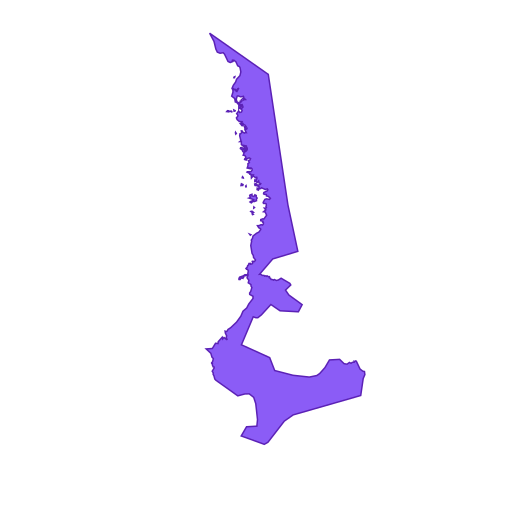 Huon District, Morobe, Papua New Guinea, rotated 215°
{"feature_id": "67681753B78423041590168", "entity_name": "Huon District", "entity_type": "district", "adm_level": 2, "iso_a3": "PNG", "parent_name": "Papua New Guinea", "parent_adm1": "Morobe", "projection": "orthographic", "projection_center": [147.273, -7.168], "detail": "fine", "context": "isolated", "style": "filled", "palette": "violet", "viewbox_px": 512, "rotation_deg": 215, "n_neighbors": 0, "source": "geoboundaries", "source_scale": "gbopen_adm2", "svg_char_len": 6184}
<svg xmlns="http://www.w3.org/2000/svg" viewBox="0 0 512 512"><g transform="rotate(215 256 256)"><path d="M350.1,411.8L421.8,411.9L413.5,407.7L407.6,402.5L404.6,400.8L401.7,401.5L399.5,403.7L397.6,403.3L390.5,399.3L388.1,399.7L386.4,402.2L386.7,402.9L387.3,402.1L387.6,402.9L386.3,403.7L383.7,403.5L380.1,401.3L378.2,401.6L377.2,401.2L374.0,398.1L372.6,394.5L373.3,389.6L372.5,386.9L372.5,382.8L371.8,379.5L371.1,379.2L370.7,380.1L369.9,379.9L368.3,380.7L366.5,380.1L366.9,382.4L366.4,383.7L366.0,379.8L366.6,379.6L368.4,380.3L370.3,378.9L368.9,377.1L367.6,373.0L363.8,372.8L361.3,370.3L360.0,370.8L358.0,370.2L357.2,370.6L354.5,366.7L353.7,370.7L355.7,370.0L357.8,371.6L360.1,371.4L362.1,373.1L363.1,376.2L362.6,376.9L359.8,377.6L357.9,379.6L356.9,378.9L357.1,377.6L355.5,378.3L354.4,378.1L355.8,376.9L355.9,376.2L357.6,375.7L357.2,374.3L358.2,373.3L356.6,373.8L357.4,371.8L355.6,370.7L354.2,372.1L352.1,370.6L352.5,368.6L351.8,368.2L352.5,368.4L352.9,367.8L350.9,367.4L350.5,365.6L351.6,364.2L353.4,364.9L353.5,361.5L351.7,361.0L351.1,360.0L351.3,357.9L349.7,356.9L346.9,356.6L344.6,358.0L344.6,356.5L343.1,357.2L342.2,356.9L342.3,356.1L340.4,356.9L338.2,356.3L338.1,355.6L339.5,355.2L338.1,354.0L336.6,355.4L336.4,354.7L337.5,353.1L334.7,351.5L335.6,351.0L335.9,350.1L337.6,349.8L339.0,350.5L339.8,350.1L338.5,348.7L338.7,347.2L339.2,346.9L338.4,345.2L334.4,341.7L334.8,340.5L333.6,341.3L331.9,338.9L328.3,338.6L328.0,339.2L329.8,339.4L327.0,340.6L326.2,339.7L325.1,339.4L324.2,338.1L324.2,336.5L324.9,334.8L325.5,335.4L325.2,336.7L325.9,337.1L324.9,337.4L324.8,338.1L327.3,338.5L326.9,336.1L327.6,336.1L328.3,336.9L330.2,336.5L330.7,335.9L330.4,335.0L328.2,335.0L326.9,334.1L325.0,333.8L324.3,331.2L322.9,331.9L321.3,331.4L320.3,330.0L321.0,329.5L320.7,328.5L319.0,329.0L319.1,330.9L317.8,332.5L316.3,332.6L316.0,331.1L317.0,329.8L315.0,328.7L315.6,327.0L314.4,325.4L313.7,323.0L310.6,324.2L310.6,324.7L311.4,324.7L310.5,325.3L309.4,325.2L308.4,324.2L308.5,322.2L311.5,320.0L311.5,319.5L308.3,320.1L308.0,319.5L307.2,320.0L306.2,319.2L305.8,320.2L304.6,321.0L304.2,319.8L302.3,320.0L301.4,319.6L300.6,320.9L299.9,320.4L299.4,318.9L299.5,318.3L300.6,317.7L299.7,316.3L298.7,317.5L297.2,316.9L296.9,319.0L295.5,317.6L293.6,318.0L293.5,317.2L294.8,315.3L297.1,314.6L297.6,315.4L298.4,314.2L297.3,313.2L295.4,314.2L293.2,314.5L292.5,313.6L293.2,312.4L293.9,312.3L293.2,311.0L291.8,311.3L292.0,312.9L290.8,313.9L290.7,315.0L286.6,315.8L285.2,317.5L284.3,317.1L284.1,316.0L286.0,312.5L285.5,311.3L284.7,311.2L282.8,312.3L281.9,311.2L280.1,311.9L277.3,311.5L277.4,310.1L280.2,308.8L281.2,307.5L281.0,304.8L280.7,303.7L279.9,303.4L278.2,304.6L277.5,304.5L276.5,303.3L276.3,302.3L275.3,301.7L275.4,300.9L276.6,300.0L274.4,299.4L275.2,296.6L273.7,297.3L270.7,295.5L270.8,290.7L271.7,290.4L273.0,288.6L272.4,287.6L270.2,288.4L269.9,287.5L269.0,287.5L268.3,286.4L268.4,285.1L269.8,284.6L270.9,282.7L272.2,281.7L269.9,280.7L268.0,281.0L267.3,280.4L267.4,277.1L268.6,275.0L269.9,270.6L269.0,268.4L269.0,266.3L268.1,265.7L266.3,261.6L260.8,255.9L258.4,254.8L257.2,253.4L254.2,252.5L254.0,251.9L254.3,250.3L255.6,250.0L256.0,249.4L254.7,248.5L254.7,247.3L255.7,246.2L256.4,246.7L257.5,245.8L257.0,244.7L257.3,243.2L256.8,242.0L257.1,240.0L256.1,239.7L255.3,240.2L253.8,239.4L252.3,236.3L253.0,235.1L254.3,234.4L255.0,232.5L257.3,229.3L257.1,227.9L256.5,227.0L255.6,227.5L255.4,229.7L253.9,230.2L254.2,230.8L253.9,231.5L254.5,232.7L251.5,235.6L250.8,233.0L247.9,232.0L247.0,229.6L243.8,229.7L242.8,228.5L241.3,227.8L240.0,223.9L240.0,222.0L239.1,220.9L235.4,221.3L234.1,219.5L234.4,212.6L233.8,208.1L235.0,203.3L233.9,198.1L234.0,190.7L235.6,182.8L236.8,179.8L236.6,177.9L236.9,177.1L238.2,176.7L236.8,175.2L234.3,173.8L233.5,172.0L231.4,170.8L232.5,170.9L233.8,171.8L233.2,170.8L235.5,170.9L235.7,168.9L237.1,170.1L237.8,164.2L236.9,162.5L239.1,161.3L238.7,155.2L243.5,151.3L237.2,150.4L234.1,147.9L232.1,147.5L230.9,144.4L231.1,143.1L230.8,142.7L230.0,142.9L229.5,141.9L227.5,140.6L226.6,141.0L226.0,140.2L225.8,136.5L223.9,135.7L223.4,134.6L221.7,133.7L219.2,131.6L217.4,131.2L190.7,131.0L186.0,136.6L182.5,139.2L176.8,138.9L171.5,134.9L167.8,130.7L160.9,122.8L157.7,117.1L165.8,110.7L164.9,100.1L141.2,106.5L139.4,110.2L138.1,137.0L134.4,147.2L90.2,201.8L97.9,217.1L98.8,221.3L100.9,223.6L102.5,222.9L106.0,223.1L113.5,227.4L114.5,227.0L114.7,225.8L115.1,225.8L114.7,225.3L116.1,224.1L116.6,222.6L118.4,222.4L119.4,219.6L122.1,218.3L128.2,219.3L136.2,213.0L135.5,204.1L136.4,196.4L137.6,193.0L142.9,187.4L157.3,179.5L175.0,172.9L186.5,180.6L217.0,174.9L223.4,204.6L220.6,205.4L219.1,206.5L217.8,210.9L216.0,224.8L204.9,224.9L189.3,234.6L190.3,242.6L206.7,242.9L212.3,245.0L210.9,252.2L212.6,253.0L222.7,252.2L223.9,249.2L225.3,247.6L227.4,247.3L227.9,246.2L228.6,246.3L230.3,245.4L231.3,246.1L232.6,245.8L233.2,246.8L234.2,246.1L235.5,246.1L235.7,245.4L236.6,245.4L237.3,244.5L238.2,244.7L239.8,243.7L241.9,243.7L242.6,243.1L240.6,263.2L224.4,283.8L259.2,316.2L350.1,411.8ZM290.1,300.9L289.9,300.3L291.1,298.5L288.7,299.5L287.3,301.6L288.2,302.6L288.3,304.1L290.0,304.7L290.5,305.7L292.0,305.5L291.7,304.4L292.2,303.5L293.8,302.9L294.7,304.2L295.9,302.6L295.8,301.8L294.1,300.7L295.0,299.4L290.1,300.9ZM361.7,359.3L362.7,358.7L362.8,357.5L360.9,358.5L360.6,359.3L361.7,359.3ZM309.4,306.8L308.7,305.1L307.3,306.2L307.6,307.1L309.4,306.8ZM284.6,290.5L285.6,289.9L285.8,289.5L284.3,289.5L283.3,290.3L284.6,290.5ZM344.3,355.3L342.2,354.7L341.6,355.2L342.9,355.8L344.3,355.3ZM357.9,362.9L357.0,362.0L356.3,362.8L356.4,363.1L357.9,362.9ZM312.5,313.2L312.2,312.2L311.1,312.6L311.5,313.0L312.5,313.2ZM343.7,345.6L343.5,345.1L342.5,344.3L342.4,345.1L343.7,345.6ZM290.1,297.7L291.4,297.1L291.6,296.8L290.3,296.8L290.1,297.7ZM305.0,318.7L305.1,318.0L304.5,317.3L304.4,318.4L305.0,318.7ZM282.9,288.8L283.3,288.3L282.6,287.9L282.1,288.6L282.9,288.8ZM359.2,360.6L360.0,360.0L360.0,359.8L358.7,360.0L358.5,360.3L359.2,360.6ZM376.2,390.7L376.6,390.1L376.4,389.4L375.9,389.7L376.2,390.7ZM272.4,270.5L273.7,270.2L272.6,269.8L272.4,270.5ZM304.5,307.9L304.6,307.3L303.9,306.8L303.7,307.1L304.5,307.9ZM285.0,294.8L285.8,294.9L285.3,294.0L285.0,294.8Z" fill="#8b5cf6" stroke="#5b21b6" stroke-width="1.5"/></g></svg>